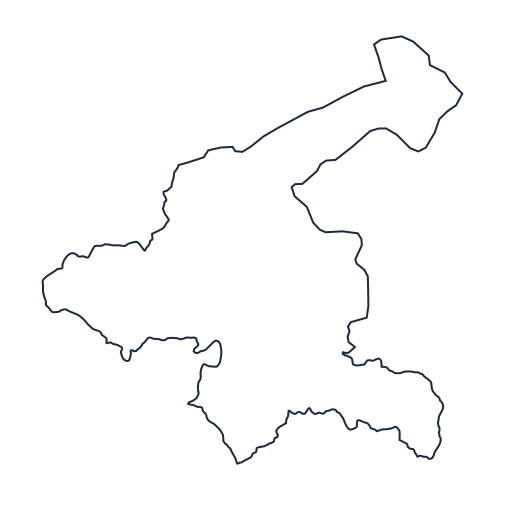 the district of Noyemberyan, Tavush, Armenia, rotated 177°
{"feature_id": "60910142B91893533127348", "entity_name": "Noyemberyan", "entity_type": "district", "adm_level": 2, "iso_a3": "ARM", "parent_name": "Armenia", "parent_adm1": "Tavush", "projection": "natural_earth1", "projection_center": [44.992, 41.129], "detail": "fine", "context": "isolated", "style": "outline", "palette": "slate", "viewbox_px": 512, "rotation_deg": 177, "n_neighbors": 0, "source": "geoboundaries", "source_scale": "gbopen_adm2", "svg_char_len": 5958}
<svg xmlns="http://www.w3.org/2000/svg" viewBox="0 0 512 512"><g transform="rotate(177 256 256)"><path d="M127.1,461.1L123.1,447.4L120.8,436.3L117.3,424.1L139.4,419.6L160.4,410.7L181.4,400.7L196.6,397.3L227.0,382.9L242.1,375.1L256.1,365.1L264.3,360.7L271.3,361.8L273.7,366.2L285.3,366.2L298.2,364.0L302.9,357.3L319.2,352.9L328.5,350.9L329.8,348.0L331.7,345.5L333.1,344.1L334.3,337.9L335.6,334.8L337.0,329.2L337.9,328.8L341.0,326.1L342.4,325.5L344.1,325.5L344.8,325.1L345.0,323.7L344.9,322.1L343.7,320.2L342.6,317.2L342.9,315.6L344.3,315.1L344.8,313.6L344.9,311.7L345.6,310.6L346.5,307.8L344.4,302.0L343.0,300.3L341.2,296.8L341.5,295.9L343.7,293.5L346.0,289.8L348.0,288.2L352.6,286.0L356.9,284.4L358.7,283.4L358.5,278.5L359.0,277.7L361.0,276.4L361.6,274.0L362.8,272.0L364.7,270.3L366.7,267.2L367.7,267.9L371.9,274.3L374.0,276.2L375.4,276.4L378.2,276.1L382.8,275.0L386.5,272.8L392.4,273.8L398.1,274.1L403.8,275.4L406.4,275.6L409.0,274.4L410.9,274.3L414.0,274.5L416.5,274.3L418.4,271.9L422.8,264.4L423.7,263.3L425.2,263.3L428.4,264.7L429.8,264.9L431.7,264.5L432.8,264.7L434.3,265.5L434.8,266.6L436.1,267.2L437.2,268.0L439.0,268.4L440.1,268.4L441.6,267.9L443.1,267.0L445.4,265.1L445.9,264.2L447.3,262.7L449.1,259.4L449.7,257.6L449.8,255.3L450.1,254.2L451.3,253.6L454.5,253.5L455.6,253.1L456.7,252.1L463.9,248.0L467.8,245.3L469.6,243.6L470.2,242.5L470.5,240.6L470.2,238.5L470.5,233.3L470.4,230.1L469.5,226.1L468.1,221.2L468.3,218.2L467.3,216.8L466.0,215.5L462.5,210.7L460.6,210.4L457.3,210.5L455.1,210.9L453.6,211.9L450.5,212.8L448.6,212.6L445.4,210.6L437.7,207.0L435.0,205.2L432.8,203.2L430.8,201.0L427.0,196.0L425.1,194.2L423.4,192.3L422.0,191.3L416.9,189.3L415.7,188.5L415.0,187.7L414.5,186.7L414.2,185.3L412.1,183.8L410.0,181.9L409.5,180.3L409.9,177.0L409.2,176.7L407.2,177.2L405.5,177.2L403.6,175.8L401.1,175.1L398.5,174.2L394.7,171.7L394.5,170.3L395.4,168.6L396.0,166.7L395.1,162.8L394.1,160.6L392.8,159.0L391.1,158.1L389.8,157.9L388.2,158.4L387.0,161.3L386.6,163.2L385.9,165.1L386.3,166.9L385.9,168.3L384.4,168.3L383.0,167.3L380.7,167.4L378.8,169.2L376.8,170.2L374.6,172.9L373.8,174.4L372.2,175.3L370.7,176.7L369.6,178.2L368.2,179.7L367.2,180.1L365.5,180.0L362.3,178.6L357.6,178.2L354.8,176.9L352.9,176.6L351.1,176.9L348.6,178.5L346.4,178.6L343.3,178.6L338.4,177.9L336.4,176.8L332.7,177.2L329.6,178.3L324.9,177.7L322.5,177.9L320.2,177.0L319.7,175.7L319.7,174.2L318.2,171.0L318.7,169.4L322.4,166.7L323.3,164.4L322.2,162.8L319.4,162.1L316.2,163.8L314.1,164.0L311.1,165.0L303.3,172.0L301.1,173.5L299.8,173.5L297.9,172.4L297.0,171.2L296.2,169.5L295.7,164.7L295.6,161.5L296.1,158.1L297.5,151.9L298.7,149.9L300.8,147.6L302.8,147.6L308.4,148.3L310.7,149.3L312.5,150.5L313.6,150.7L314.8,150.0L316.7,145.9L317.5,142.5L317.5,138.4L317.8,136.4L318.8,134.6L320.2,132.6L320.9,127.7L321.0,125.1L320.5,123.2L320.7,120.8L322.6,117.7L324.2,116.1L327.5,114.4L330.4,113.5L331.6,112.1L330.0,111.2L326.6,110.5L322.1,108.3L319.4,108.2L317.8,107.3L317.2,104.2L316.2,102.8L314.7,101.4L313.9,99.6L313.7,97.3L312.9,95.4L311.8,93.9L309.9,92.4L307.4,91.0L305.6,89.4L301.5,84.9L299.8,82.1L298.4,79.1L298.2,75.7L298.3,73.0L296.8,70.5L294.6,68.5L293.4,66.5L291.7,65.0L290.6,62.0L287.2,55.1L286.2,51.2L285.5,49.6L282.8,50.5L281.0,50.6L279.1,51.9L272.4,54.8L270.9,56.0L270.3,57.7L269.4,58.9L266.0,60.4L265.4,64.0L263.9,64.8L257.5,65.6L252.3,68.0L249.8,68.8L247.9,69.8L247.2,72.2L246.5,73.4L244.3,73.9L243.5,75.6L244.7,78.9L245.0,80.3L244.2,81.5L242.9,82.9L241.4,84.1L234.7,87.5L234.4,90.7L232.8,93.5L232.1,95.3L231.9,97.7L231.5,99.7L230.3,99.5L228.8,97.9L226.3,96.4L224.6,96.4L223.3,97.4L221.5,98.1L220.3,97.8L218.4,96.5L216.4,95.7L214.8,96.5L211.9,100.7L210.7,101.3L209.7,100.2L209.1,98.5L208.5,97.6L205.8,95.2L203.7,95.3L202.3,96.2L200.7,96.2L198.4,95.2L196.7,95.1L195.6,95.9L194.5,97.3L191.8,97.6L187.8,98.9L185.5,98.6L184.0,97.5L183.2,95.9L181.0,94.9L179.5,92.6L177.6,89.5L176.4,86.4L175.5,83.5L174.3,81.2L173.0,78.9L170.8,77.7L168.4,78.1L165.0,79.5L164.1,81.1L164.0,83.8L163.5,86.0L162.8,86.7L160.9,86.4L157.7,84.7L153.3,83.1L151.2,80.3L150.4,78.0L145.7,76.1L144.6,74.7L138.9,76.2L135.3,76.2L130.6,76.6L128.3,77.2L126.5,78.1L124.5,77.7L123.1,76.0L121.9,74.0L121.8,70.9L122.3,64.8L115.3,60.7L114.7,59.7L114.5,57.6L113.2,56.3L111.7,55.3L109.4,55.0L108.3,53.9L107.3,50.5L106.4,49.7L105.8,48.0L105.1,47.1L103.6,47.8L102.5,48.0L100.2,47.3L99.7,46.8L96.1,46.5L94.2,44.6L93.4,44.3L91.8,44.5L90.5,45.2L88.9,47.6L88.3,49.7L87.3,51.6L83.5,56.7L82.2,59.1L81.2,62.0L81.1,63.9L82.0,66.0L82.3,67.4L82.3,69.1L82.7,70.3L82.1,71.4L81.8,73.2L81.8,74.7L82.3,75.7L82.7,77.4L83.0,79.5L82.9,80.8L82.3,82.3L82.1,84.3L81.6,86.4L77.8,92.7L77.0,94.9L77.1,97.3L77.6,99.2L78.6,100.8L79.7,102.0L80.3,104.3L81.5,106.0L83.7,107.7L86.6,111.9L87.4,114.8L87.6,119.8L88.3,121.5L90.4,123.6L94.7,127.3L96.1,129.4L97.4,129.7L100.5,131.5L102.9,131.4L105.6,132.2L108.6,132.7L111.4,132.8L112.8,132.8L114.8,132.5L117.9,131.5L121.0,131.5L123.4,131.8L125.9,133.6L128.0,134.3L129.5,135.6L130.9,137.6L132.2,138.2L134.4,138.7L135.9,138.6L136.4,138.8L136.2,140.4L136.5,142.0L136.3,143.9L136.8,145.4L137.7,146.3L138.9,147.1L140.1,147.1L144.1,145.4L145.7,145.4L147.8,146.0L149.1,146.0L150.6,145.7L153.3,142.1L158.3,141.5L161.5,141.4L163.5,142.0L164.9,143.0L165.4,147.6L165.8,148.6L166.5,149.5L171.2,152.0L172.6,152.1L174.5,153.9L174.5,154.7L173.9,155.3L172.8,154.6L168.9,154.5L165.7,156.8L162.0,160.0L168.0,165.1L168.7,170.8L166.5,176.0L167.9,180.6L164.8,185.0L148.7,188.6L146.4,200.0L145.8,215.8L145.4,229.9L148.7,236.7L155.9,243.1L157.0,247.6L149.8,261.0L149.8,267.2L153.1,273.3L168.3,276.1L185.3,276.1L190.7,278.8L197.2,286.4L202.7,302.5L214.2,313.5L216.8,322.8L213.2,325.7L205.9,325.6L190.7,337.6L186.8,344.1L181.0,347.6L171.6,347.8L154.2,360.0L135.4,374.8L127.1,376.9L119.5,376.6L109.0,369.7L96.4,355.6L88.4,351.9L80.8,355.3L71.1,369.8L65.7,383.2L57.4,390.4L48.3,396.0L41.5,407.3L52.7,419.8L57.8,429.3L72.3,437.5L73.0,447.1L87.8,461.9L99.1,467.7L119.7,465.6L127.1,461.1Z" fill="none" stroke="#1e293b" stroke-width="2"/></g></svg>